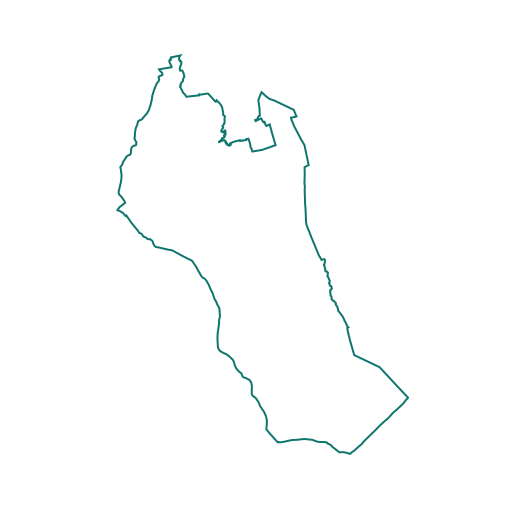 Mitocu Dragomirnei, Suceava, Romania (Albers equal-area conic projection), rotated 172°
{"feature_id": "2599482B44834834601396", "entity_name": "Mitocu Dragomirnei", "entity_type": "district", "adm_level": 2, "iso_a3": "ROU", "parent_name": "Romania", "parent_adm1": "Suceava", "projection": "albers", "projection_center": [26.23, 47.747], "detail": "fine", "context": "isolated", "style": "outline", "palette": "teal", "viewbox_px": 512, "rotation_deg": 172, "n_neighbors": 0, "source": "geoboundaries", "source_scale": "gbopen_adm2", "svg_char_len": 6106}
<svg xmlns="http://www.w3.org/2000/svg" viewBox="0 0 512 512"><g transform="rotate(172 256 256)"><path d="M378.5,351.4L379.9,346.9L382.9,339.4L383.2,338.0L383.1,336.5L383.1,336.1L381.0,333.4L380.2,331.8L378.7,328.8L378.2,326.9L382.4,324.4L384.1,323.6L385.9,321.9L386.8,320.6L384.9,319.7L381.9,317.3L379.6,313.8L378.8,314.2L374.7,306.1L369.5,297.6L368.4,295.1L366.8,294.3L365.9,293.4L365.0,291.1L362.2,289.4L361.4,288.4L360.8,287.9L359.8,287.5L358.5,287.4L356.9,285.8L356.1,284.2L356.0,282.4L354.9,279.9L353.9,278.8L351.7,278.2L341.0,274.1L339.1,273.7L337.6,272.8L328.3,265.9L320.0,260.2L316.6,253.3L315.8,250.7L312.9,243.7L311.8,242.0L309.8,240.5L308.4,238.2L307.6,235.9L306.8,234.3L305.8,230.1L304.0,224.6L303.1,219.4L302.7,218.3L301.7,216.2L301.5,214.8L301.0,213.1L300.0,210.7L299.5,208.6L300.2,200.8L301.3,198.2L301.6,197.0L302.0,194.4L303.9,187.5L304.6,185.5L305.7,179.4L306.4,171.2L305.8,168.4L304.8,166.9L302.1,164.8L298.8,162.7L296.5,160.4L294.5,157.9L293.7,156.9L292.9,155.3L292.0,149.8L291.1,147.3L289.6,144.7L286.8,141.7L285.9,138.3L285.4,137.7L283.0,136.5L279.6,134.1L278.6,132.0L278.3,130.9L278.2,129.7L278.2,127.4L279.0,123.2L279.1,121.7L279.4,120.2L279.2,119.2L278.3,117.6L277.3,116.5L276.3,115.8L274.0,111.3L273.4,109.5L272.9,107.1L271.1,103.1L270.4,102.0L269.6,100.1L269.2,98.5L268.6,96.8L268.1,92.9L268.2,90.5L268.6,89.0L268.7,87.7L269.2,86.2L269.9,83.0L267.2,78.5L260.4,68.5L259.9,68.7L258.1,68.1L253.1,68.2L247.4,68.7L244.8,68.7L241.6,68.3L234.5,68.1L232.0,67.8L228.9,66.8L226.4,66.4L220.2,63.2L215.0,62.4L211.9,61.6L211.4,60.5L209.7,59.5L207.9,58.0L206.9,56.4L200.8,50.0L196.7,49.6L193.1,48.3L190.5,46.9L188.5,48.3L186.3,49.3L179.9,53.6L177.2,55.2L175.9,56.6L173.4,58.6L161.9,67.0L157.9,70.1L152.9,73.7L147.5,77.1L142.8,81.1L140.8,82.6L139.3,83.4L131.0,89.2L127.7,92.4L125.8,93.8L125.2,94.6L133.0,105.6L149.1,128.7L172.5,144.2L174.7,159.7L175.6,169.0L175.6,172.3L175.3,172.6L174.6,172.6L175.7,174.4L176.0,176.2L176.3,176.5L176.4,177.3L176.6,178.0L176.9,178.8L177.3,179.2L177.6,181.0L178.1,182.6L178.8,184.4L180.2,186.9L182.3,190.5L182.2,192.5L182.4,193.1L182.6,194.4L183.0,195.5L183.7,196.5L183.5,198.2L184.4,199.4L185.1,200.7L186.3,201.2L186.3,201.6L187.2,203.1L187.0,204.2L186.9,205.4L187.7,206.5L187.5,206.8L187.4,207.9L187.6,208.7L187.6,210.2L187.5,210.6L186.9,211.3L187.0,212.2L185.5,213.0L185.4,213.4L185.7,215.8L186.9,216.3L187.1,217.6L187.0,218.3L187.5,218.9L187.4,219.3L186.7,219.9L186.4,221.4L187.0,222.8L187.2,224.5L188.0,225.8L188.1,226.0L187.7,226.9L187.7,227.9L187.2,228.6L187.1,229.4L187.5,230.1L188.3,231.0L189.2,231.0L189.5,232.0L189.2,233.6L189.5,234.8L189.5,235.9L190.0,237.7L189.9,238.1L189.1,238.7L189.0,239.6L188.4,241.2L188.3,242.6L188.5,242.9L189.2,243.5L189.9,243.4L191.6,242.9L192.5,245.4L193.5,247.4L198.8,267.7L199.9,272.8L200.7,275.5L201.7,280.2L201.6,284.0L200.5,294.6L200.0,302.3L199.5,306.1L198.7,314.1L198.0,317.6L197.9,321.3L196.5,329.3L195.7,335.9L195.5,337.2L191.2,338.8L192.6,359.1L195.1,365.1L199.9,378.5L201.8,385.6L202.1,387.4L202.1,388.1L200.2,388.1L198.5,388.4L198.1,388.3L196.5,388.6L198.3,395.5L215.8,407.1L219.8,409.2L220.9,409.9L222.3,411.2L223.9,412.8L226.8,416.4L227.7,417.4L230.3,413.2L232.0,410.0L232.0,401.7L232.7,394.4L233.8,394.2L235.1,392.4L235.6,391.3L237.9,390.7L237.6,389.7L231.7,391.5L230.1,387.4L228.9,387.7L228.2,384.3L227.6,383.3L224.1,384.4L223.2,376.9L221.2,363.0L235.3,360.2L245.1,360.0L245.5,362.8L246.2,364.4L246.2,366.9L246.7,371.1L247.2,373.2L249.4,373.1L249.5,372.3L253.0,372.0L253.2,372.3L255.7,372.1L255.8,372.9L262.1,372.2L266.0,371.1L266.1,370.9L265.5,369.8L265.6,369.5L266.9,369.0L267.3,369.1L267.4,369.3L267.2,370.0L267.6,370.0L268.0,369.5L268.3,369.5L268.8,370.0L268.8,370.6L269.0,371.1L269.9,371.3L270.0,371.5L269.4,372.0L269.4,372.3L269.7,372.8L270.4,373.0L270.2,374.2L270.7,374.4L271.2,375.0L271.7,374.9L272.3,375.3L276.7,373.9L276.8,374.0L276.7,374.3L273.6,376.2L273.4,377.1L273.2,377.4L272.5,377.2L271.1,377.7L271.0,377.9L271.0,378.4L270.5,378.5L270.3,378.7L270.9,379.6L270.9,380.0L269.5,380.2L269.3,380.5L269.4,380.9L269.2,381.0L269.0,381.7L269.4,382.1L269.8,382.3L269.2,382.5L269.3,383.5L269.5,384.0L269.3,384.3L269.0,384.3L269.1,384.6L269.8,384.6L270.6,383.6L270.9,383.4L272.6,383.7L273.0,384.1L272.9,385.0L271.5,386.9L270.6,387.6L270.7,388.1L271.1,388.9L271.1,389.4L269.7,390.5L269.5,391.2L268.6,392.2L268.6,392.8L268.2,393.9L268.3,394.6L268.1,396.6L267.5,397.8L267.3,398.3L267.5,398.9L269.0,400.5L269.0,400.8L268.7,401.5L268.6,402.1L268.5,403.7L268.8,404.6L268.8,407.4L269.5,410.0L269.9,410.8L271.3,413.1L272.9,414.9L273.3,415.7L273.7,415.4L274.3,414.4L274.7,414.5L280.6,423.2L280.9,423.4L281.5,423.6L288.3,423.5L289.8,424.0L290.0,423.0L302.8,423.4L303.9,425.9L304.4,426.6L305.3,427.4L306.3,430.7L307.0,432.1L307.0,432.8L307.7,434.3L306.7,435.3L306.8,435.9L307.0,436.1L306.9,436.5L306.2,437.1L305.6,438.2L304.7,438.8L303.9,439.6L303.6,441.1L303.1,442.3L302.0,443.3L302.2,446.5L303.0,449.5L303.5,450.0L305.3,450.1L305.5,450.6L305.4,452.5L304.9,453.1L304.6,454.5L304.0,455.1L303.5,455.8L303.2,457.2L302.8,458.1L302.8,458.3L303.6,459.2L303.7,460.2L304.1,460.4L304.5,460.1L304.8,461.0L304.6,462.8L304.2,463.6L303.7,464.5L303.1,465.1L312.5,464.5L312.5,463.2L313.4,463.0L313.3,461.9L314.6,461.7L314.8,461.0L314.4,459.0L313.4,455.9L313.3,454.7L326.0,454.3L325.0,452.2L323.9,451.1L323.5,450.5L323.3,449.1L323.5,448.3L327.4,447.2L327.6,446.3L327.3,445.0L327.4,444.1L327.7,443.5L328.2,442.5L329.7,441.2L330.6,440.2L331.4,438.7L332.8,436.7L332.8,436.1L333.3,435.6L336.2,429.6L336.7,427.9L337.7,424.4L338.5,422.8L339.3,420.5L341.6,415.8L342.3,414.7L343.3,413.6L343.9,412.5L344.8,411.7L346.0,411.0L347.1,409.7L348.3,409.0L349.1,407.9L349.7,407.4L350.4,407.0L352.0,406.7L354.0,405.8L355.6,401.9L356.4,400.9L357.4,398.9L358.8,394.6L359.1,392.4L360.0,389.1L359.6,388.1L359.4,386.8L358.6,385.5L358.7,384.6L359.1,383.8L359.1,383.0L359.8,382.3L361.8,382.2L363.5,381.3L364.3,380.2L365.0,378.6L365.2,376.5L365.8,374.9L366.2,374.3L366.5,373.9L368.7,373.4L370.5,372.4L373.1,369.2L374.2,368.1L376.0,364.8L378.0,362.9L377.8,360.6L377.9,357.2L377.8,355.5L378.5,351.4Z" fill="none" stroke="#0f766e" stroke-width="2"/></g></svg>